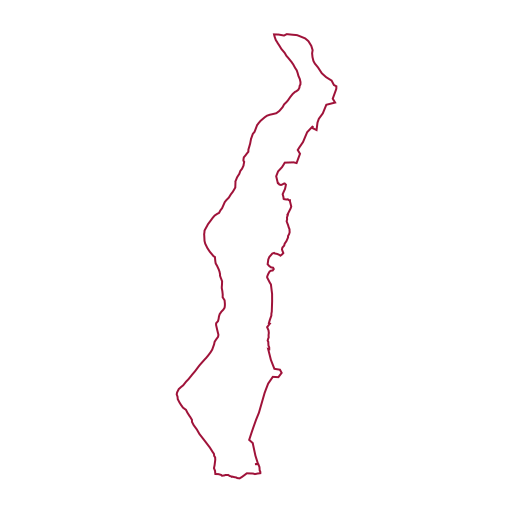 Ayat, Al Jizah, Egypt (Albers equal-area conic projection), rotated 182°
{"feature_id": "37247803B7250727301439", "entity_name": "Ayat", "entity_type": "district", "adm_level": 2, "iso_a3": "EGY", "parent_name": "Egypt", "parent_adm1": "Al Jizah", "projection": "albers", "projection_center": [31.24, 29.564], "detail": "fine", "context": "isolated", "style": "outline", "palette": "rose", "viewbox_px": 512, "rotation_deg": 182, "n_neighbors": 0, "source": "geoboundaries", "source_scale": "gbopen_adm2", "svg_char_len": 5619}
<svg xmlns="http://www.w3.org/2000/svg" viewBox="0 0 512 512"><g transform="rotate(182 256 256)"><path d="M245.7,478.1L245.5,477.3L245.0,475.7L243.7,472.4L242.4,470.6L241.7,469.4L241.1,468.6L240.1,467.2L238.0,464.0L237.6,463.5L234.5,460.1L234.3,459.8L232.6,457.1L230.7,455.1L226.8,450.6L226.6,450.2L225.5,448.8L224.4,446.9L223.6,445.6L223.5,445.4L221.8,443.0L220.8,440.4L219.9,437.5L218.4,434.4L218.3,434.0L217.6,431.3L217.6,429.0L218.3,427.6L218.5,425.7L219.5,423.6L221.0,422.4L221.3,422.1L222.1,421.7L222.7,421.4L225.0,419.2L227.3,416.1L229.6,412.5L231.1,410.7L233.2,408.5L234.6,405.7L236.9,402.8L237.8,401.7L240.7,399.4L243.9,398.5L245.0,398.2L247.0,397.7L249.9,396.6L252.3,394.8L252.6,394.5L256.2,391.2L256.9,390.3L258.1,388.8L258.8,387.7L259.4,387.0L260.1,385.0L261.0,382.3L261.7,380.3L261.8,380.0L263.4,378.0L263.6,377.4L264.9,373.3L265.0,373.2L265.4,370.6L265.8,368.0L266.5,365.2L267.3,362.1L267.3,359.9L268.7,358.1L270.0,356.2L271.6,354.2L271.9,352.2L271.9,351.7L271.9,350.8L271.8,350.7L271.1,349.7L271.6,346.5L271.6,346.0L273.0,342.7L274.6,340.5L274.8,339.9L275.6,337.4L277.2,334.8L277.8,333.6L278.6,331.3L279.2,329.8L279.1,329.3L279.1,328.0L279.1,325.7L279.1,323.7L280.3,321.4L281.2,319.8L281.4,319.4L283.4,316.6L283.6,316.2L285.2,313.4L287.6,310.8L289.1,308.8L290.4,305.5L291.6,302.5L292.5,301.3L293.2,300.3L294.4,297.8L296.2,296.8L298.7,295.0L299.2,294.4L300.5,292.8L302.4,290.0L305.1,286.1L305.6,285.1L305.8,284.6L306.7,282.9L308.3,279.7L308.4,277.5L308.6,275.9L308.5,275.3L308.0,269.5L307.9,269.0L307.2,266.6L305.5,263.4L304.9,262.3L303.3,260.0L302.2,258.5L300.0,256.1L298.5,254.4L297.0,253.5L296.8,251.7L296.4,248.9L296.0,247.1L295.3,246.0L294.5,244.7L292.8,241.3L291.9,239.0L291.5,237.3L291.3,236.8L291.3,235.2L290.6,233.3L290.2,232.4L289.1,229.8L289.0,229.6L289.0,227.0L289.0,226.1L289.1,224.2L289.1,223.0L289.1,222.8L288.4,219.7L287.9,216.1L287.9,213.6L285.9,210.7L285.8,210.3L285.4,206.9L285.4,205.0L285.6,203.2L286.8,201.2L288.8,199.0L289.1,198.4L289.3,198.1L290.2,196.8L290.9,194.3L291.2,191.8L291.7,189.6L293.5,187.4L293.5,187.1L293.5,186.5L293.5,186.0L293.5,185.7L292.3,181.2L290.8,175.9L291.1,173.9L291.5,173.3L293.0,171.1L293.9,169.6L294.3,169.0L294.6,167.5L294.8,166.2L295.0,165.6L296.5,160.9L298.1,158.1L300.4,154.8L302.5,152.1L303.0,151.6L304.1,150.3L306.1,147.9L308.4,145.1L308.6,144.8L309.5,143.6L311.5,140.7L312.0,140.0L312.9,138.7L314.8,136.3L315.6,135.3L316.0,134.8L316.3,134.3L317.1,133.3L319.2,130.5L321.2,128.3L321.4,128.1L324.2,124.3L324.5,124.0L325.0,123.6L326.5,122.3L327.7,121.1L328.5,120.4L330.1,116.9L330.4,115.1L330.4,114.9L329.5,112.6L329.2,110.2L328.5,109.0L327.5,107.2L326.8,106.1L326.3,105.4L325.5,104.2L325.1,103.8L324.7,103.2L323.7,101.9L322.8,101.3L322.0,100.7L321.3,100.3L320.6,99.8L319.2,97.2L319.0,96.9L316.6,93.4L316.3,93.1L314.3,90.0L314.2,88.0L313.3,86.4L312.4,84.8L311.7,83.9L309.1,80.6L306.3,76.1L300.2,68.8L296.2,63.9L296.0,63.7L295.4,62.9L294.3,61.3L293.7,60.4L292.2,58.2L291.7,57.6L291.1,56.7L290.9,55.2L290.8,54.7L289.8,53.3L289.6,50.9L290.1,45.4L290.6,42.5L290.2,41.6L290.1,41.4L290.0,41.1L289.4,39.8L289.3,38.5L289.0,36.7L285.9,36.7L283.2,36.0L282.3,35.2L280.7,35.5L280.0,35.6L278.9,36.1L277.4,36.1L276.2,36.2L274.5,35.2L273.2,34.9L272.4,34.4L271.8,34.7L270.7,34.4L269.7,34.2L268.1,34.0L267.0,33.4L264.6,33.2L262.2,34.8L259.8,36.7L257.6,38.5L256.5,38.5L255.9,38.5L253.5,38.5L252.6,38.5L251.4,38.5L249.5,38.0L247.7,38.4L247.2,38.6L245.8,38.8L244.6,39.0L244.1,39.1L244.1,40.3L244.9,42.1L245.0,43.4L245.2,45.2L246.4,48.0L249.7,47.9L246.8,48.5L249.6,56.4L252.4,67.5L252.7,68.9L256.4,72.0L254.1,79.9L252.7,84.5L250.2,92.4L247.6,99.5L242.6,119.5L241.3,123.4L239.4,128.9L235.0,135.8L229.4,135.7L226.3,140.1L228.1,143.2L233.7,143.9L235.6,148.3L237.5,152.7L240.2,162.1L240.6,163.4L240.1,163.2L239.5,163.2L239.6,165.1L240.4,166.9L240.6,168.7L240.7,170.6L241.4,171.8L241.0,173.7L240.5,175.0L240.7,177.4L240.5,179.6L240.9,182.1L242.4,185.3L239.8,188.9L240.8,189.3L239.9,192.8L238.6,196.9L238.6,199.0L238.3,200.9L238.3,203.1L238.3,210.9L238.6,218.7L240.1,228.1L241.3,229.9L244.1,234.9L244.1,235.9L243.2,238.4L241.9,240.9L240.7,241.8L238.8,242.1L237.8,243.6L238.5,244.9L240.6,245.2L242.5,246.5L244.1,248.2L243.9,249.9L243.6,253.0L242.6,255.6L241.5,256.9L239.8,259.0L238.0,259.7L237.4,259.2L234.9,258.8L233.6,258.3L232.3,257.7L231.6,257.2L229.9,258.6L228.8,259.9L229.6,261.7L230.3,263.5L229.9,265.4L228.2,267.4L227.8,269.3L226.1,272.0L225.1,274.5L224.6,275.8L224.7,277.0L223.7,279.0L223.2,280.9L223.4,282.8L223.4,283.4L223.5,284.0L224.3,285.8L225.1,288.2L225.9,290.0L226.6,291.8L226.2,293.7L226.4,295.6L225.6,298.2L226.0,298.4L223.1,304.7L222.8,305.7L222.5,306.6L223.1,308.8L224.0,311.9L224.0,312.9L225.0,312.9L225.6,313.2L226.2,313.8L227.5,313.5L230.0,313.8L230.4,314.1L230.6,315.7L231.5,318.7L230.5,321.3L229.4,323.9L229.0,325.8L228.6,328.3L229.9,329.5L230.5,329.4L231.7,328.7L232.9,328.0L234.1,327.9L235.4,328.4L236.1,329.5L236.7,329.5L238.6,336.4L236.9,341.3L233.1,345.7L231.7,348.1L230.5,350.3L221.8,350.9L220.1,350.6L218.7,350.3L215.6,359.7L218.0,363.4L216.5,366.0L213.0,371.5L209.2,381.5L205.6,385.6L203.6,387.8L204.2,385.9L199.9,384.0L199.2,391.5L198.0,395.3L194.2,400.9L191.0,409.6L182.3,412.1L184.8,415.9L182.1,424.2L181.6,425.9L181.6,428.4L184.1,429.6L186.6,434.0L187.2,434.3L192.2,437.2L196.6,440.9L200.6,446.6L203.4,449.8L203.8,450.2L205.2,452.5L205.5,453.2L206.4,456.4L206.5,456.8L207.0,460.5L206.6,463.7L207.4,466.0L208.1,468.0L211.1,472.5L211.8,473.1L214.5,475.2L215.3,475.5L220.2,477.3L222.5,478.1L223.2,478.2L227.1,478.4L233.0,478.8L235.7,477.3L239.1,477.8L241.2,478.1L245.7,478.1L245.7,478.1Z" fill="none" stroke="#9f1239" stroke-width="2"/></g></svg>